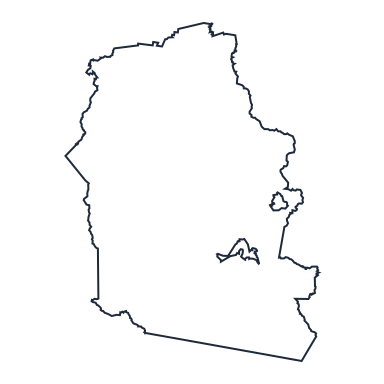 the district of Alpine, Victoria, Australia
{"feature_id": "25037944B21518620554178", "entity_name": "Alpine", "entity_type": "district", "adm_level": 2, "iso_a3": "AUS", "parent_name": "Australia", "parent_adm1": "Victoria", "projection": "mercator", "projection_center": [147.028, -36.834], "detail": "fine", "context": "isolated", "style": "outline", "palette": "slate", "viewbox_px": 384, "rotation_deg": 0, "n_neighbors": 0, "source": "geoboundaries", "source_scale": "gbopen_adm2", "svg_char_len": 5881}
<svg xmlns="http://www.w3.org/2000/svg" viewBox="0 0 384 384"><path d="M114.3,48.4L113.0,50.8L113.3,52.0L112.4,53.4L112.5,55.0L110.7,55.9L110.3,56.8L106.7,56.9L105.0,56.2L103.0,57.7L100.7,57.6L101.1,58.2L97.7,60.7L94.1,60.1L93.4,59.5L93.2,60.4L91.7,59.9L90.6,60.4L90.1,63.9L89.1,63.7L88.8,65.5L90.7,65.8L90.3,68.3L87.9,69.9L86.3,72.5L89.2,74.7L89.6,73.7L90.6,73.3L92.5,74.3L93.1,73.3L92.9,71.6L94.6,73.0L95.1,74.6L97.3,77.5L96.4,77.6L95.9,79.2L94.5,78.8L94.6,81.0L93.9,82.2L93.6,84.1L96.2,86.1L97.5,86.2L97.0,87.4L97.4,90.2L95.0,91.6L94.3,93.4L90.4,98.3L90.2,100.8L90.9,102.4L89.5,105.7L89.5,107.5L87.8,108.8L87.0,110.6L83.8,112.3L82.5,114.0L82.8,117.1L81.5,118.2L81.8,119.0L80.9,120.0L80.5,122.3L81.7,124.1L81.5,126.5L82.5,128.0L82.7,129.5L83.8,130.0L84.2,131.2L85.3,132.1L85.2,133.6L83.3,134.5L83.7,135.3L82.4,136.6L81.4,139.6L78.4,141.7L78.1,143.3L77.2,143.3L77.4,144.4L76.4,144.7L75.8,144.4L75.7,145.3L65.5,155.9L85.4,180.5L88.8,183.4L88.2,184.6L88.4,189.6L87.8,190.6L87.3,193.4L87.4,196.3L84.1,198.8L83.7,200.1L86.5,204.6L89.2,205.2L89.4,208.3L88.6,209.8L89.0,212.2L89.7,213.4L88.6,216.6L88.1,220.7L89.5,222.5L89.6,224.8L91.2,226.7L89.8,228.5L89.1,230.2L90.6,231.9L91.1,233.8L92.2,235.1L92.7,238.0L91.9,239.2L92.7,240.6L92.5,243.6L93.6,243.9L95.1,246.6L96.6,248.1L97.9,248.5L98.4,298.6L96.9,299.2L94.5,298.8L93.0,300.0L91.9,299.8L91.6,301.2L92.6,302.0L95.7,302.7L96.9,305.0L97.9,305.2L100.7,307.7L101.0,309.6L100.7,309.9L101.7,310.8L103.1,310.9L104.7,312.8L107.9,313.9L111.8,316.0L116.7,314.8L119.9,315.1L120.3,312.5L120.7,312.8L122.2,311.7L123.4,312.7L124.2,311.6L125.9,311.1L125.8,311.9L128.2,312.9L128.7,314.6L129.7,315.7L130.1,318.1L131.1,318.4L131.7,319.5L131.4,320.4L133.3,323.3L137.2,324.8L138.4,325.9L138.2,326.4L141.3,326.6L141.7,327.5L144.3,328.8L145.0,330.5L145.0,331.4L144.6,331.9L144.9,331.9L145.1,333.3L146.2,333.1L301.6,361.0L316.2,336.4L315.5,335.0L316.1,333.4L314.6,332.2L311.3,331.2L311.0,330.0L309.1,327.9L308.2,324.4L304.5,320.6L304.7,319.5L303.8,316.8L301.9,315.6L301.3,314.2L299.9,313.8L300.1,312.5L299.3,311.8L299.0,310.2L297.9,309.4L298.9,306.1L298.7,304.3L297.4,303.2L298.0,301.8L295.3,298.8L308.4,299.0L309.7,297.2L309.3,296.4L310.2,294.1L310.9,293.9L311.7,294.7L312.7,293.5L313.3,293.8L314.9,293.0L314.5,290.1L315.3,288.9L315.6,286.8L315.0,286.4L314.8,277.6L317.9,275.2L317.6,274.9L317.7,273.7L316.5,274.2L316.5,273.4L318.5,272.6L317.8,272.4L317.7,271.2L317.1,271.0L318.1,270.1L317.2,268.6L317.6,267.5L317.0,266.6L312.0,266.6L309.6,268.3L307.1,267.6L306.1,269.0L305.5,269.0L305.2,267.6L303.2,267.3L303.2,266.5L302.2,266.1L301.5,266.5L298.5,264.5L296.8,264.1L295.8,263.0L294.4,262.7L292.4,260.2L291.1,259.3L289.7,259.1L288.3,257.8L285.6,257.1L284.3,258.3L282.0,258.5L280.8,258.4L280.4,257.4L279.0,257.6L284.4,226.9L286.6,225.7L288.0,223.3L287.0,220.6L286.9,218.7L288.7,217.1L289.4,214.8L290.4,214.2L290.2,212.9L292.4,213.2L292.4,210.2L295.3,210.9L296.6,210.1L297.0,209.0L295.6,207.6L295.5,206.8L297.3,205.7L297.7,204.3L299.1,203.4L301.8,203.7L303.0,202.1L302.4,200.1L303.1,197.9L301.2,195.5L301.1,194.5L302.0,193.0L300.4,189.9L296.7,189.5L295.8,190.5L294.7,190.5L293.4,190.1L292.5,189.0L291.0,190.7L288.4,189.2L285.0,188.8L287.8,187.1L288.2,182.7L282.6,175.9L281.9,173.9L280.7,172.3L280.4,170.7L280.8,169.6L283.2,168.2L284.1,166.1L285.9,166.4L287.2,165.4L287.9,161.8L286.5,160.5L286.8,155.6L287.3,154.7L289.2,153.2L294.0,152.3L294.8,149.4L293.6,144.9L293.9,143.8L294.7,143.4L294.8,141.2L292.8,136.3L289.0,134.7L287.3,133.4L286.4,134.1L284.1,134.1L282.5,132.7L281.3,132.4L280.5,131.3L278.2,131.4L276.4,129.1L274.3,130.7L272.6,130.0L269.9,130.3L268.1,129.1L264.4,129.1L261.7,126.7L259.6,121.2L256.2,119.1L255.0,117.7L253.6,117.8L251.4,116.8L251.5,115.0L249.6,113.5L249.6,111.7L251.9,108.2L251.6,106.9L252.0,104.7L251.0,103.0L249.8,97.0L250.5,95.5L248.9,93.9L248.9,91.3L247.7,89.4L245.9,88.5L243.8,88.4L243.7,86.7L242.0,85.1L236.9,83.5L237.2,78.7L237.9,76.5L235.4,73.4L236.2,71.7L234.5,71.5L233.3,68.4L232.6,65.3L234.5,63.8L233.3,63.7L232.9,62.2L232.1,62.2L231.7,59.8L231.1,59.2L231.4,58.2L233.0,57.3L231.8,56.9L231.5,56.3L232.0,53.5L233.2,52.6L233.7,53.0L234.5,52.2L234.6,50.7L236.8,51.6L235.6,50.4L235.3,48.3L236.2,46.5L236.1,44.2L236.7,44.1L235.3,35.3L226.1,33.8L223.9,34.5L223.3,32.6L212.5,36.2L212.6,35.3L212.2,34.9L213.1,34.7L213.0,34.1L212.4,34.1L213.0,33.5L213.0,33.0L212.6,33.1L212.9,32.4L211.8,32.3L212.2,31.8L211.6,31.5L209.8,32.1L210.4,30.6L209.8,29.6L210.5,29.0L209.3,27.5L209.9,27.5L209.6,26.8L210.6,26.5L209.9,25.9L210.4,25.7L210.3,24.9L211.5,23.8L211.7,24.7L212.3,23.9L211.9,23.6L210.0,24.0L203.7,23.0L178.3,29.0L177.8,32.5L174.5,32.0L174.1,35.2L172.2,34.8L171.8,37.0L172.2,37.3L168.3,37.5L166.8,39.2L165.2,39.2L162.0,46.5L156.9,45.7L158.2,42.8L153.2,42.0L152.7,45.4L138.1,43.6L138.1,45.4L114.3,48.4ZM217.8,253.8L223.1,255.8L228.1,255.9L235.4,244.4L236.8,243.6L237.5,241.8L238.9,241.4L238.4,241.0L239.4,240.5L239.5,239.2L242.5,239.5L244.3,239.0L247.9,244.4L249.5,251.6L251.0,250.1L252.3,250.2L252.0,248.6L252.7,248.1L255.7,248.8L257.0,250.4L257.1,250.9L256.3,251.6L254.8,251.6L254.5,253.3L255.9,253.8L255.8,254.9L256.7,255.7L256.7,256.9L257.5,257.5L259.0,263.4L258.7,263.7L257.7,262.6L256.5,260.2L253.4,258.8L250.0,258.5L249.2,259.0L248.9,257.4L246.7,257.5L245.1,259.0L245.1,259.7L244.6,259.5L244.4,258.8L243.2,258.5L241.1,256.6L242.5,253.9L242.9,250.9L242.6,249.6L240.7,249.2L239.0,251.2L239.1,253.8L237.1,253.0L235.9,255.0L230.4,256.1L220.9,261.7L221.0,260.2L217.3,256.6L217.5,254.6L217.1,254.2L217.8,253.8ZM287.9,205.8L285.3,208.6L281.6,208.1L278.7,210.3L273.4,210.4L270.3,205.8L270.8,205.6L270.3,205.0L271.3,204.6L271.9,205.8L272.2,205.6L271.7,204.5L274.2,203.8L273.8,203.0L272.4,203.0L272.1,201.1L274.4,197.2L273.5,196.2L273.4,195.1L277.1,194.5L277.1,192.8L277.5,192.4L280.3,194.1L281.4,196.1L282.2,196.2L283.4,201.0L284.2,201.7L286.4,202.0L287.1,203.0L287.1,205.2L287.9,205.8Z" fill="none" stroke="#1e293b" stroke-width="2"/></svg>